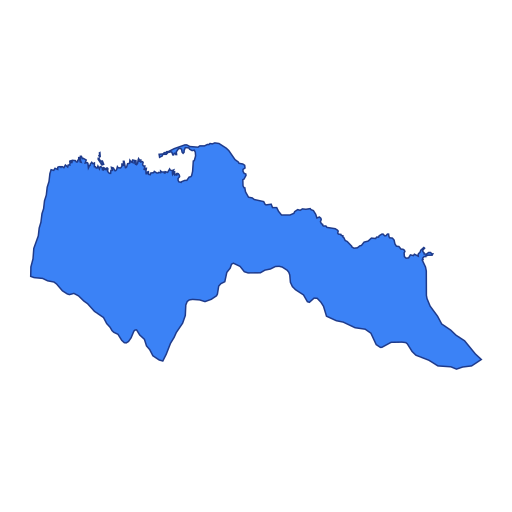 outline of Sabana de la Mar, Hato Mayor, Dominican Republic
{"feature_id": "3306468B29734552826956", "entity_name": "Sabana de la Mar", "entity_type": "district", "adm_level": 2, "iso_a3": "DOM", "parent_name": "Dominican Republic", "parent_adm1": "Hato Mayor", "projection": "equal_earth", "projection_center": [-69.405, 19.01], "detail": "fine", "context": "isolated", "style": "filled", "palette": "blue", "viewbox_px": 512, "rotation_deg": 0, "n_neighbors": 0, "source": "geoboundaries", "source_scale": "gbopen_adm2", "svg_char_len": 6039}
<svg xmlns="http://www.w3.org/2000/svg" viewBox="0 0 512 512"><path d="M423.6,259.3L422.8,259.3L422.6,258.2L424.1,256.6L425.8,256.6L425.8,255.9L428.1,255.2L432.1,255.2L432.8,253.9L431.8,253.9L430.6,252.5L428.6,252.5L426.3,254.2L424.1,253.9L424.1,252.9L422.8,251.5L422.8,250.2L424.6,248.2L423.8,247.5L420.8,250.2L419.9,252.5L418.6,253.5L418.1,254.6L418.3,256.2L414.4,254.2L413.4,255.6L410.4,254.9L408.6,257.9L406.1,258.2L404.4,256.6L404.1,252.9L404.9,251.5L404.4,250.2L402.9,249.2L401.1,249.2L398.9,246.5L396.4,246.2L394.9,243.8L394.1,240.1L392.4,238.1L389.6,237.8L388.9,236.4L388.6,234.1L387.4,234.1L385.9,235.8L384.6,235.8L383.1,234.1L381.9,234.1L379.1,235.8L378.6,237.1L376.6,237.1L375.6,238.5L371.4,238.1L368.1,241.1L364.1,242.1L361.4,245.5L359.9,245.8L357.4,247.8L353.9,248.2L351.7,246.8L351.7,246.2L347.2,241.5L345.2,240.5L343.7,237.4L342.7,236.8L342.9,235.8L341.2,235.4L340.9,234.4L338.4,234.1L337.7,233.1L338.2,231.1L337.4,230.1L335.2,228.7L326.9,227.4L325.9,226.0L323.4,226.0L322.7,225.4L322.7,224.4L321.4,223.7L320.4,221.7L321.2,219.7L320.9,218.3L319.4,217.0L316.9,218.0L315.7,214.3L313.4,210.6L310.9,209.6L310.2,208.6L305.9,209.3L302.4,208.9L300.2,210.3L297.7,209.6L294.7,211.6L293.9,213.3L290.0,215.0L281.5,215.0L278.5,211.3L276.7,207.6L272.5,207.6L271.2,204.2L266.0,204.9L265.0,204.2L263.7,201.6L254.2,199.5L252.2,197.9L248.5,197.2L245.5,191.8L244.8,187.8L244.0,187.8L243.0,185.8L242.8,179.7L244.0,179.1L246.0,175.4L245.8,174.0L244.2,173.4L243.0,171.4L243.0,169.4L245.0,168.0L244.7,165.3L242.8,164.0L239.0,163.3L238.3,162.0L235.0,159.6L228.8,150.6L226.3,148.2L219.0,143.5L214.8,142.9L212.3,143.9L210.0,143.5L209.0,144.5L207.3,144.5L204.5,145.9L199.8,145.9L198.0,147.2L189.8,146.5L186.8,144.9L184.8,144.9L174.3,148.6L168.3,151.6L166.8,151.6L165.8,152.6L164.3,152.6L163.1,153.9L159.1,154.3L159.6,157.3L162.3,155.9L162.8,154.3L166.3,154.3L168.3,152.2L169.8,152.2L170.3,151.6L171.8,152.2L172.8,154.9L173.6,154.9L174.3,153.3L175.3,153.3L175.8,154.6L176.6,154.6L176.3,151.9L178.6,148.6L180.8,148.6L181.6,149.6L182.1,152.2L183.1,153.3L184.1,152.2L184.1,150.6L185.3,147.6L188.8,147.9L189.6,149.2L192.1,150.6L194.3,150.2L195.3,152.2L195.6,155.9L194.3,160.6L193.3,161.0L192.6,171.4L191.6,175.7L190.8,176.7L189.1,177.1L186.8,180.4L184.8,180.4L181.3,181.8L181.1,182.4L178.8,181.8L178.1,180.4L178.1,178.4L179.6,176.7L179.3,175.1L178.3,173.7L177.3,173.7L176.6,175.7L176.6,173.7L174.8,175.1L174.1,174.0L174.6,173.4L174.6,171.7L174.1,171.7L172.6,174.4L172.3,172.7L173.6,170.0L171.8,170.7L170.1,170.0L169.6,169.0L167.6,172.4L165.3,171.7L165.1,173.0L164.3,173.0L164.1,172.0L161.8,172.0L160.6,171.0L160.6,172.7L158.6,172.4L158.1,173.0L156.8,173.0L154.3,171.4L153.6,172.7L150.8,173.0L150.3,174.7L148.6,174.4L148.4,171.7L147.4,172.0L146.9,173.7L146.1,173.7L145.9,171.0L146.4,168.3L145.6,168.3L145.1,169.7L144.1,169.4L144.9,166.0L143.4,166.0L142.6,164.7L143.1,162.3L142.4,161.6L140.9,162.0L140.9,160.0L139.4,160.0L138.6,158.6L138.1,160.0L139.1,161.3L137.9,161.3L137.6,163.3L136.6,164.7L135.6,164.3L136.1,162.6L135.9,160.6L135.1,160.6L134.6,162.0L134.1,160.3L132.6,160.0L132.1,161.3L132.9,162.6L131.1,162.0L129.9,160.3L129.6,163.3L127.6,163.7L126.6,167.0L125.9,167.7L125.4,167.7L124.1,161.3L123.4,161.3L123.6,165.3L123.1,165.3L122.9,164.0L121.9,164.0L121.9,166.3L120.6,168.0L118.1,167.7L117.4,166.7L116.6,169.7L115.6,170.7L114.9,170.7L113.4,168.0L111.4,167.3L111.6,168.7L112.4,168.7L112.4,170.4L110.9,170.4L110.6,173.4L109.4,173.4L107.6,171.4L107.9,168.7L107.4,168.0L106.9,168.0L106.9,169.7L105.9,169.7L105.6,168.7L104.4,169.4L104.4,168.0L103.7,167.7L103.2,170.0L102.4,169.7L102.2,167.7L100.9,166.7L100.2,166.7L99.4,169.0L97.9,166.0L97.2,168.0L96.2,168.0L95.4,166.7L94.4,166.7L94.4,163.0L92.9,163.7L91.7,162.3L90.2,164.3L90.2,165.3L89.4,166.0L88.4,165.3L88.9,167.0L88.4,168.0L87.9,163.3L87.2,162.6L85.2,163.0L86.2,160.0L83.2,158.3L82.4,158.6L81.4,156.3L80.4,156.3L80.4,160.3L81.2,162.3L80.2,162.0L79.9,160.0L79.2,159.3L79.4,157.6L78.7,157.6L78.7,159.6L77.7,160.3L77.7,161.6L77.2,162.0L76.4,162.0L75.4,160.6L72.4,160.3L71.9,162.6L71.2,162.6L71.7,160.6L69.9,161.0L69.7,162.0L70.4,162.6L69.7,164.3L69.9,165.0L68.2,165.0L67.7,167.0L65.4,165.0L63.9,167.7L62.4,166.7L61.2,166.7L60.9,167.3L60.4,166.7L59.0,166.7L57.7,167.3L57.7,169.4L55.0,168.3L53.7,170.4L51.1,169.7L49.9,173.6L49.0,181.5L47.2,187.2L46.3,195.1L44.5,200.8L43.6,208.7L42.0,213.6L40.9,222.3L39.2,228.0L38.3,235.9L33.8,248.4L33.0,258.9L30.9,266.9L30.7,276.4L34.1,277.6L42.6,278.4L47.6,280.8L53.9,282.0L56.6,284.0L62.4,290.8L67.2,293.9L69.4,294.6L73.9,293.4L78.6,295.9L83.8,301.0L87.6,303.7L94.5,311.4L103.5,317.5L106.7,323.6L110.1,327.3L112.0,330.6L113.8,332.3L118.0,334.3L121.7,340.3L124.3,342.7L126.2,342.9L128.5,341.5L131.1,337.8L133.9,331.1L135.1,330.0L136.6,329.9L139.7,335.0L144.4,339.3L146.5,345.9L149.7,349.6L152.9,355.8L159.2,360.0L162.8,361.0L166.2,354.3L170.5,343.3L174.1,337.4L176.3,332.5L182.6,323.2L185.3,315.5L185.8,305.0L187.2,301.5L189.3,299.9L192.6,299.4L199.6,299.9L205.0,301.6L211.3,299.3L216.5,295.8L217.4,294.1L218.7,286.1L220.8,283.7L224.8,281.7L226.8,272.4L230.2,268.1L231.5,264.2L233.4,263.2L240.1,266.4L244.3,271.7L248.0,272.9L260.3,272.8L265.0,270.1L270.4,269.0L275.4,266.5L279.2,266.3L282.3,267.1L287.1,270.2L288.8,272.3L289.8,275.1L290.4,282.3L292.4,286.6L295.5,289.7L303.5,294.9L307.4,301.7L309.4,302.3L314.1,298.1L317.2,298.3L320.9,302.2L323.5,306.3L326.5,316.2L336.3,320.7L343.2,322.1L355.0,327.7L365.2,329.2L370.9,333.2L376.2,344.6L380.4,347.4L381.9,347.3L391.1,342.3L401.9,342.1L405.8,342.6L407.3,343.8L412.1,351.5L415.9,355.2L428.8,360.2L437.9,365.9L450.9,366.8L456.5,369.1L462.7,367.0L471.6,365.9L481.3,359.5L475.3,353.9L464.6,340.8L456.0,335.2L450.7,330.1L441.7,324.0L437.6,316.3L430.1,306.1L427.0,298.6L426.4,295.4L426.3,271.0L425.5,267.0L422.2,260.0L423.6,259.3ZM102.4,161.0L101.7,161.0L101.9,162.6L101.4,164.7L101.9,165.0L103.7,164.3L102.4,161.0ZM98.9,158.3L98.2,158.3L98.2,159.3L100.2,162.3L100.2,160.6L98.9,158.3ZM99.9,152.6L99.4,152.9L99.7,154.6L98.9,155.6L99.7,156.9L100.2,156.6L99.9,152.6Z" fill="#3b82f6" stroke="#1e3a8a" stroke-width="1.5"/></svg>